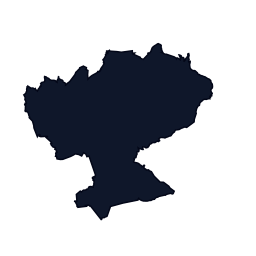 outline of Perote, Veracruz, Mexico, rotated 343°
{"feature_id": "50627088B6133554619555", "entity_name": "Perote", "entity_type": "district", "adm_level": 2, "iso_a3": "MEX", "parent_name": "Mexico", "parent_adm1": "Veracruz", "projection": "orthographic", "projection_center": [-97.275, 19.511], "detail": "fine", "context": "isolated", "style": "filled", "palette": "ink", "viewbox_px": 256, "rotation_deg": 343, "n_neighbors": 0, "source": "geoboundaries", "source_scale": "gbopen_adm2", "svg_char_len": 5697}
<svg xmlns="http://www.w3.org/2000/svg" viewBox="0 0 256 256"><g transform="rotate(343 128 128)"><path d="M119.5,201.0L121.4,202.3L125.0,203.5L127.6,203.6L128.7,204.0L130.2,203.7L130.6,203.4L130.9,203.6L132.5,203.9L133.7,203.0L135.3,202.6L136.3,202.9L136.8,202.4L143.5,202.9L144.2,203.2L145.4,202.7L149.6,202.9L150.6,203.7L151.5,204.1L152.1,203.8L153.7,201.9L150.6,197.7L150.0,195.6L146.1,190.3L142.9,189.2L138.9,181.7L137.6,176.6L135.7,175.0L135.5,174.1L133.2,173.5L132.9,172.4L132.1,171.9L131.7,171.3L131.5,170.7L131.9,170.2L131.9,169.5L132.8,168.9L132.8,168.5L131.9,168.3L131.3,168.8L130.1,169.2L130.1,168.7L129.7,168.2L129.7,167.8L129.3,167.3L128.8,167.1L128.6,166.3L127.6,164.9L126.3,163.9L123.5,162.4L123.4,162.1L124.9,159.9L124.8,158.9L125.3,158.5L126.6,158.7L127.4,158.0L127.5,157.1L128.7,156.0L129.1,155.4L129.1,154.1L129.5,153.4L130.4,153.4L130.6,153.7L131.4,153.6L132.0,152.5L132.0,151.7L131.7,151.0L131.8,150.6L132.0,150.5L132.0,150.1L133.0,151.3L134.0,151.6L135.4,152.7L136.2,152.9L136.2,150.8L136.7,150.3L138.5,151.2L139.3,152.2L140.4,152.4L141.4,151.8L141.6,152.1L142.6,151.4L143.0,151.1L142.9,150.9L143.1,150.6L144.2,149.8L145.0,149.9L146.4,149.5L146.8,149.0L149.5,149.8L151.8,149.2L152.4,149.2L153.0,149.8L153.9,149.6L154.1,149.2L154.5,149.3L154.6,149.1L154.2,148.0L154.2,147.3L155.8,146.7L157.2,146.8L159.5,147.7L160.0,148.1L161.1,148.3L161.4,148.0L163.2,148.1L165.3,147.8L166.5,148.0L167.0,147.8L168.9,146.3L170.6,145.5L171.2,145.4L172.2,144.2L172.9,143.8L176.4,144.4L179.5,143.7L180.4,143.9L181.5,143.4L183.6,144.1L184.3,144.6L193.0,141.5L194.0,139.0L197.5,134.0L197.6,132.5L199.3,129.5L201.3,127.5L202.9,127.2L203.9,125.2L204.7,124.6L207.1,123.6L208.4,122.9L209.5,122.9L211.6,123.6L212.9,123.4L214.7,123.9L214.6,123.4L215.1,122.8L215.6,122.9L215.6,122.0L216.0,122.2L216.1,121.8L216.5,121.1L217.0,120.7L216.8,121.8L217.5,121.7L217.6,121.2L217.3,120.5L218.2,120.1L218.6,119.7L218.6,119.1L218.1,118.0L218.3,115.6L220.4,114.3L221.0,112.9L221.4,110.7L220.7,108.5L221.0,107.1L220.8,106.5L219.9,105.0L218.7,104.1L216.4,101.4L215.6,101.1L214.6,100.1L212.7,98.9L211.8,97.7L211.0,97.4L210.7,96.9L210.5,95.6L208.9,92.9L208.1,92.4L206.8,92.1L205.8,90.8L205.2,89.8L204.9,88.6L205.3,86.1L205.8,84.4L206.3,84.1L206.9,82.6L205.5,82.7L205.4,82.1L206.4,80.6L206.5,78.5L207.7,76.3L207.8,74.6L207.0,74.6L206.5,75.6L206.5,76.4L206.2,76.8L205.4,77.2L204.9,77.9L204.0,78.2L202.8,79.1L202.6,79.9L201.3,80.6L201.0,80.3L201.7,78.9L201.8,77.4L201.4,76.7L200.0,76.4L199.9,74.4L198.8,73.4L198.2,73.1L198.6,76.4L198.2,78.0L197.9,78.2L197.2,77.0L195.6,75.4L195.2,75.3L194.5,76.1L194.3,75.3L193.3,73.8L192.7,73.3L186.3,68.7L184.9,68.2L182.4,65.8L183.4,65.9L182.9,64.0L183.1,64.0L182.8,62.3L182.9,61.9L183.2,62.1L183.3,61.4L183.2,61.3L183.1,60.8L183.9,58.7L183.5,57.9L181.6,56.2L181.0,56.4L180.8,56.2L178.9,56.8L177.2,57.2L175.2,58.0L174.4,58.6L172.3,61.4L171.7,61.9L170.1,62.8L169.3,62.1L168.9,62.5L169.3,62.8L168.9,63.4L162.6,66.9L160.3,64.9L160.4,64.0L154.7,59.0L156.2,58.3L154.1,57.7L154.7,55.4L143.8,53.6L139.7,51.7L133.1,49.2L133.0,48.3L131.6,48.7L130.7,48.3L130.9,49.2L130.2,48.9L130.4,49.9L129.8,49.7L130.0,50.7L129.0,50.3L129.1,50.8L127.9,51.4L128.1,52.0L127.2,52.9L125.4,54.6L124.0,55.4L124.3,57.9L123.6,58.4L124.1,59.3L120.7,62.5L120.5,62.3L118.9,63.8L119.3,64.1L117.6,65.5L117.2,65.1L116.4,65.9L115.6,65.2L114.9,65.9L113.7,66.3L109.2,67.2L106.9,68.0L104.0,69.6L105.0,65.1L106.5,61.3L104.8,59.5L105.6,58.8L105.9,58.1L103.3,55.7L102.7,56.1L102.1,55.9L99.4,56.3L99.0,57.1L98.5,57.4L98.9,57.3L98.7,57.7L97.9,57.6L96.5,58.5L94.4,59.5L92.9,61.4L85.8,66.6L83.8,67.3L82.4,68.0L82.4,67.9L80.8,68.9L80.7,68.9L81.3,67.6L80.9,66.4L79.7,65.4L79.3,64.7L79.5,63.8L78.9,62.8L78.1,62.5L77.7,61.8L77.1,61.6L76.5,60.5L76.4,59.5L76.9,59.6L76.5,59.4L76.7,58.9L76.5,58.7L75.0,61.5L74.7,61.3L74.0,62.1L73.5,62.3L73.4,63.4L72.8,62.8L72.8,62.1L72.0,61.2L70.5,60.5L69.0,60.2L67.4,59.0L66.6,57.3L65.6,56.7L64.6,55.2L63.3,54.4L62.9,55.3L62.7,57.3L62.1,58.8L60.9,59.5L59.0,59.2L57.9,59.7L57.4,60.1L57.7,61.1L57.0,61.9L56.9,62.2L56.5,62.3L56.6,62.8L55.8,62.8L55.4,63.4L53.7,64.5L52.2,66.2L51.5,65.0L50.9,64.5L50.9,63.3L50.5,63.5L50.1,63.3L49.2,62.3L48.0,61.7L46.4,61.5L46.5,61.1L44.5,58.7L44.2,59.4L43.4,59.2L43.2,60.0L42.4,61.2L42.3,62.2L41.9,63.1L41.0,64.0L40.5,64.9L38.8,65.6L38.6,65.9L38.1,65.9L38.6,68.8L37.7,70.8L38.0,71.9L38.1,74.3L37.3,74.3L37.5,74.8L37.3,75.2L37.0,75.4L36.2,75.1L36.0,75.5L36.5,77.0L36.0,78.0L35.3,80.2L34.7,81.1L34.6,81.9L34.7,82.1L35.1,82.4L36.0,82.3L36.2,83.0L36.5,83.0L36.8,83.5L37.0,85.1L36.9,86.8L37.1,89.0L36.6,89.3L38.7,93.5L38.6,98.4L38.3,99.3L38.1,100.7L38.8,109.7L39.8,108.6L40.8,108.7L41.2,108.3L41.8,109.1L40.9,110.0L42.1,110.8L48.3,112.3L48.4,112.5L46.9,113.1L50.6,119.3L49.7,120.1L50.4,120.6L49.5,121.4L50.7,124.2L52.5,125.3L52.2,125.5L52.4,126.3L51.9,127.0L52.6,127.4L53.1,130.3L52.8,130.7L52.1,130.3L51.3,131.5L51.4,132.5L50.4,133.9L51.3,134.5L51.1,136.8L54.1,138.3L56.5,138.9L64.8,138.4L67.8,137.9L70.0,137.3L73.1,138.9L75.5,141.2L78.3,138.6L80.1,140.7L80.3,143.4L82.5,143.5L83.2,163.4L81.9,165.3L81.4,164.6L79.6,164.9L79.3,165.6L79.4,166.0L80.1,166.4L79.6,167.5L79.4,167.4L78.9,168.1L79.7,167.6L80.0,167.8L79.8,168.5L80.3,168.7L79.0,171.4L78.8,172.3L77.8,173.2L77.4,174.4L75.4,173.1L73.7,172.8L71.7,174.6L71.0,174.7L70.4,174.4L69.4,175.0L67.2,174.4L64.7,175.5L63.9,174.4L59.2,176.4L57.8,182.9L55.1,182.2L55.8,182.8L56.3,184.1L56.3,185.0L56.8,186.6L56.3,187.7L56.4,188.2L56.9,188.3L56.9,189.2L65.3,190.7L64.9,189.7L68.0,190.3L68.5,191.4L69.4,191.7L75.6,207.7L76.0,207.7L76.8,206.6L77.6,206.3L78.9,206.8L80.3,206.4L81.7,206.4L82.2,206.2L88.3,197.9L101.3,198.3L116.5,199.8L117.1,198.8L117.7,198.4L117.9,199.2L119.5,201.0Z" fill="#0f172a" stroke="#020617" stroke-width="1.5"/></g></svg>